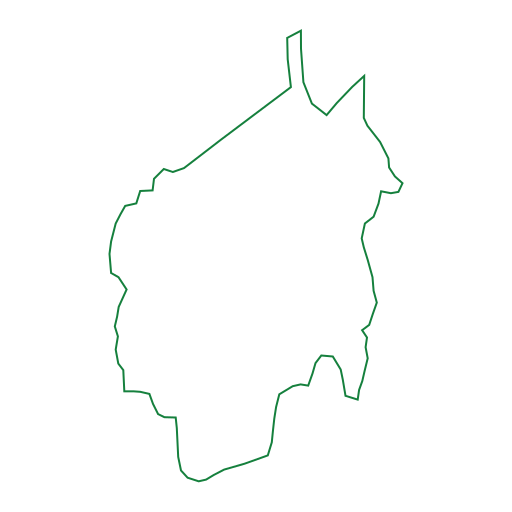 outline of Jesúpolis, Goiás, Brazil
{"feature_id": "56859067B61262762044018", "entity_name": "Jesúpolis", "entity_type": "district", "adm_level": 2, "iso_a3": "BRA", "parent_name": "Brazil", "parent_adm1": "Goiás", "projection": "equal_earth", "projection_center": [-49.407, -15.96], "detail": "fine", "context": "isolated", "style": "outline", "palette": "green", "viewbox_px": 512, "rotation_deg": 0, "n_neighbors": 0, "source": "geoboundaries", "source_scale": "gbopen_adm2", "svg_char_len": 1283}
<svg xmlns="http://www.w3.org/2000/svg" viewBox="0 0 512 512"><path d="M124.3,391.3L133.2,391.3L140.2,391.8L149.4,393.9L153.0,403.9L158.1,414.1L164.4,417.2L175.7,417.5L176.8,428.1L178.2,456.9L181.0,470.5L187.6,477.7L198.7,481.3L206.1,479.6L213.9,474.9L224.1,469.6L244.6,463.7L267.8,455.4L271.8,442.3L272.9,431.2L274.3,418.5L276.1,407.0L279.3,394.3L292.7,386.2L300.6,384.4L308.2,385.6L312.5,373.5L315.5,363.1L321.3,355.5L332.8,356.5L340.7,369.5L342.8,379.7L345.5,395.8L357.7,399.6L359.1,389.9L362.3,381.0L364.6,371.0L367.7,358.3L365.6,347.2L367.0,337.5L362.1,330.2L369.2,324.9L372.9,313.7L376.8,302.6L373.6,290.8L372.5,277.2L367.8,260.2L363.8,247.3L361.7,238.4L364.9,223.5L373.6,216.7L378.5,203.6L381.1,191.3L390.9,193.2L398.4,191.9L402.5,183.2L394.9,176.4L389.1,167.5L388.4,158.4L380.1,142.0L367.4,125.7L363.8,117.9L364.2,75.9L352.2,86.9L336.8,103.0L326.6,115.1L311.9,103.6L303.4,82.2L301.0,48.7L300.9,30.7L287.2,37.9L287.7,59.3L290.9,87.1L221.2,139.5L184.0,168.1L172.8,172.0L163.8,169.0L154.0,178.8L152.6,190.4L140.2,191.0L136.3,203.4L125.2,205.9L120.5,214.2L115.7,223.5L111.1,241.5L109.5,253.9L111.1,273.0L118.5,277.2L126.6,289.5L118.7,306.9L117.1,316.7L114.8,326.4L117.9,336.4L115.7,349.6L118.3,363.6L123.3,370.1L124.3,391.3Z" fill="none" stroke="#15803d" stroke-width="2"/></svg>